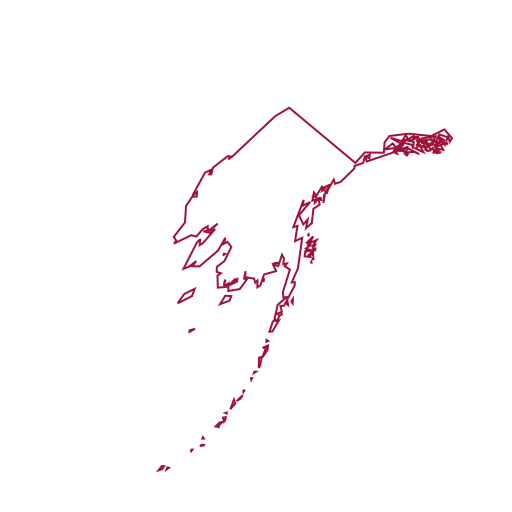 Alaska, Natural Earth projection, rotated 314°
{"feature_id": "USA-3563", "entity_name": "Alaska", "entity_type": "State", "adm_level": 1, "iso_a3": "USA", "parent_name": "United States of America", "parent_adm1": "", "projection": "natural_earth1", "projection_center": [-152.163, 61.314], "detail": "fine", "context": "isolated", "style": "outline", "palette": "rose", "viewbox_px": 512, "rotation_deg": 314, "n_neighbors": 0, "source": "natural_earth", "source_scale": "10m", "svg_char_len": 6206}
<svg xmlns="http://www.w3.org/2000/svg" viewBox="0 0 512 512"><g transform="rotate(314 256 256)"><path d="M385.7,176.9L392.0,262.8L406.1,262.4L419.1,276.2L427.0,269.6L435.0,268.6L450.2,281.0L463.9,298.6L477.9,303.6L477.0,315.1L472.7,316.0L475.7,311.0L471.4,313.0L474.6,311.3L470.7,303.3L464.0,305.8L464.1,309.3L462.4,308.4L463.4,302.8L466.3,302.6L466.9,302.2L456.0,293.7L450.2,292.8L450.7,291.9L452.4,291.9L453.8,291.4L453.9,291.0L449.0,287.8L449.6,287.6L453.7,289.7L454.0,289.6L449.5,285.7L452.8,286.3L445.5,284.2L447.2,279.8L440.0,281.2L434.5,270.7L437.6,282.6L431.3,281.2L431.9,276.2L422.1,274.6L430.4,281.1L425.8,282.8L400.9,270.0L403.5,265.7L405.1,269.7L407.9,267.5L403.1,265.2L397.4,268.5L389.3,264.3L387.2,266.0L368.1,265.4L362.8,262.7L365.0,258.8L355.4,261.3L357.6,259.2L354.5,258.0L351.3,259.1L349.7,258.6L354.1,257.7L349.2,256.6L352.7,255.0L341.1,257.7L342.0,253.5L334.9,258.1L338.7,259.7L336.6,260.1L335.1,261.3L340.7,261.3L337.1,266.1L329.8,264.5L318.4,273.3L310.8,272.6L318.1,267.8L311.6,268.1L315.1,258.6L332.5,257.5L324.8,254.7L329.5,251.3L302.7,262.8L306.4,265.0L293.8,273.8L301.2,276.6L276.2,294.8L261.8,300.1L264.1,302.1L261.7,304.3L239.6,310.7L237.1,308.2L233.9,313.3L229.1,311.3L229.6,314.6L223.5,316.1L223.7,313.0L235.9,305.5L247.7,306.6L245.2,304.5L248.4,300.6L269.8,289.8L268.6,283.9L272.1,283.3L269.0,281.4L273.7,277.8L275.0,273.8L264.2,279.0L262.2,275.3L264.6,275.1L265.6,276.4L265.9,276.1L264.8,274.9L261.9,273.6L259.1,281.0L248.4,274.6L238.0,279.5L234.5,278.7L239.3,274.1L236.3,274.0L238.4,270.4L233.3,262.9L237.8,259.0L231.5,263.1L232.7,265.7L220.9,267.3L211.6,260.4L215.5,256.8L224.5,260.1L226.6,258.5L222.8,257.5L225.6,257.0L213.8,256.7L216.9,255.1L212.6,254.1L213.7,253.6L214.2,252.2L214.8,252.2L215.7,251.5L216.6,251.4L217.5,250.2L214.8,251.7L213.2,253.0L213.6,253.6L212.4,254.0L212.4,255.5L206.7,250.5L215.2,241.9L219.2,242.7L217.3,238.8L220.9,235.4L230.4,236.8L245.4,232.0L246.3,225.7L242.4,224.4L247.9,221.3L233.4,224.9L209.3,222.6L204.3,217.2L210.9,216.6L201.4,215.1L196.4,212.7L224.4,204.2L228.2,204.1L228.9,204.5L224.7,207.9L228.2,208.9L247.1,207.9L240.9,207.2L237.2,200.9L242.9,205.5L252.7,205.9L243.9,204.8L241.1,203.0L243.9,200.6L238.2,199.0L228.6,199.6L226.0,195.0L208.0,188.4L211.6,187.9L212.7,183.6L230.8,181.6L243.3,171.0L256.7,168.5L254.9,169.6L257.7,172.1L261.1,169.1L255.5,168.3L280.5,161.4L286.5,163.7L282.3,165.7L283.6,167.1L289.7,163.7L308.3,166.3L310.0,168.7L306.3,168.9L310.7,169.8L370.2,172.7L385.7,176.9ZM309.5,288.5L303.3,289.6L306.2,291.0L301.8,291.2L295.6,297.1L297.5,293.3L294.8,295.0L295.9,293.4L293.7,293.1L291.8,293.5L294.8,293.5L293.2,296.0L289.5,291.2L293.9,288.0L295.5,288.3L294.8,289.3L296.1,289.4L296.4,290.6L297.5,291.7L298.4,292.0L296.2,286.7L301.8,287.7L302.8,286.5L301.0,284.8L309.5,288.5ZM464.1,311.6L462.5,317.0L459.1,311.7L454.7,311.5L456.7,308.0L453.1,308.0L454.7,305.6L453.4,302.9L450.6,300.9L459.5,306.1L462.7,309.6L459.6,308.1L458.6,309.7L464.1,311.6ZM189.8,234.7L182.7,237.8L167.6,232.5L178.9,230.8L189.8,234.7ZM434.9,290.1L428.1,282.8L439.1,284.6L431.8,284.9L440.4,289.8L432.6,287.2L434.9,290.1ZM210.0,266.1L205.4,268.0L196.4,263.6L206.1,261.5L210.0,266.1ZM447.8,290.1L442.4,294.5L444.3,290.8L438.4,281.0L440.7,283.3L444.5,283.3L448.0,288.9L443.6,284.0L447.8,290.1ZM439.1,290.7L442.7,302.7L440.9,297.7L434.0,291.1L439.1,290.7ZM225.5,317.3L213.1,320.2L210.9,318.3L220.5,313.6L222.2,313.8L223.4,316.4L225.5,317.3ZM468.8,304.7L470.3,312.4L468.6,307.9L465.2,309.7L468.8,304.7ZM446.9,294.4L454.2,294.8L455.5,298.1L452.1,296.2L454.5,299.2L450.4,300.1L449.6,296.0L446.9,294.4ZM200.0,326.8L196.3,329.6L187.6,331.0L196.8,326.9L194.5,324.5L200.0,326.8ZM301.4,283.3L309.8,283.5L304.6,285.0L301.4,283.3ZM449.4,296.8L447.0,304.4L444.1,296.0L449.4,296.8ZM187.6,330.2L180.2,334.9L177.4,335.8L184.8,328.8L187.6,330.2ZM137.4,339.9L135.3,343.6L128.0,343.9L137.4,339.9ZM458.3,303.8L462.4,303.3L462.3,305.1L458.3,303.8ZM347.5,262.4L348.2,262.7L341.0,267.7L347.5,262.4ZM41.0,335.8L37.5,336.6L34.1,334.8L39.3,334.1L41.0,335.8ZM119.1,346.2L116.8,347.9L114.6,348.1L116.8,344.5L119.1,346.2ZM459.2,317.2L455.5,314.7L455.0,311.9L455.5,311.8L459.2,317.2ZM461.7,300.9L462.6,303.2L459.9,299.6L461.7,300.9ZM455.9,298.1L456.2,296.6L458.6,298.7L455.7,299.4L455.9,298.1ZM109.9,345.5L107.1,348.1L105.3,345.3L109.9,345.5ZM455.7,300.0L456.7,302.1L454.8,301.0L455.7,300.0ZM432.8,291.5L434.7,294.5L433.1,294.7L432.8,291.5ZM353.6,261.8L350.6,263.3L349.6,262.0L350.6,261.1L353.6,261.8ZM138.1,342.8L146.7,343.2L142.5,343.9L138.1,342.8ZM245.1,310.4L243.0,313.0L242.9,311.0L245.1,310.4ZM449.6,304.9L450.8,303.1L453.3,302.9L449.6,304.9ZM156.3,259.9L161.3,262.7L155.2,260.9L156.3,259.9ZM242.6,279.6L245.1,277.4L245.7,277.0L242.6,279.6ZM112.4,346.3L113.3,347.1L109.0,347.1L112.4,346.3ZM203.0,321.9L203.3,323.8L201.6,322.9L203.0,321.9ZM468.9,312.2L467.2,314.1L467.4,311.5L468.9,312.2ZM300.0,293.8L303.7,293.4L301.5,293.8L301.0,294.6L300.0,293.8ZM340.9,262.9L343.0,261.5L341.7,264.0L340.9,262.9ZM247.8,313.0L250.7,312.4L247.4,315.3L247.8,313.0ZM82.4,348.0L84.6,350.6L80.3,347.7L82.4,348.0ZM71.9,344.1L72.6,344.8L69.5,345.2L71.9,344.1ZM465.5,312.3L466.8,311.3L466.3,312.8L465.5,312.3ZM441.8,282.7L441.5,281.6L443.9,283.0L441.8,282.7ZM42.4,339.1L43.1,340.5L40.4,340.0L42.4,339.1ZM428.4,284.8L427.7,286.4L426.9,284.3L428.4,284.8ZM88.7,343.7L88.5,345.3L87.4,344.3L88.7,343.7ZM352.5,261.2L356.6,260.1L354.5,261.0L352.5,261.2ZM301.2,284.1L301.1,283.5L304.0,284.9L301.2,284.1ZM306.9,280.3L307.3,278.8L308.1,278.8L306.9,280.3ZM290.2,299.2L289.9,300.5L289.5,300.2L290.2,299.2ZM150.1,340.6L152.0,340.9L149.4,341.5L150.1,340.6ZM235.5,231.4L236.0,232.2L233.4,232.0L235.5,231.4ZM451.1,306.0L451.8,307.4L450.6,306.4L451.1,306.0ZM164.6,337.3L165.4,338.1L163.7,338.6L164.6,337.3ZM301.5,286.7L300.7,286.3L299.1,285.5L300.7,285.6L301.5,286.7ZM458.5,314.3L457.8,312.3L459.1,313.7L458.5,314.3ZM171.7,335.2L172.6,336.3L170.4,335.8L171.7,335.2ZM294.6,298.4L293.9,299.5L292.8,299.1L294.6,298.4ZM470.0,314.3L469.6,315.6L468.4,315.0L470.0,314.3ZM231.2,315.8L231.9,314.3L232.1,315.1L231.2,315.8ZM339.9,258.1L339.3,256.9L340.7,257.8L339.9,258.1ZM452.9,311.8L454.7,311.6L454.0,312.2L452.9,311.8ZM122.4,344.4L121.8,343.0L123.1,343.7L122.4,344.4Z" fill="none" stroke="#9f1239" stroke-width="2"/></g></svg>